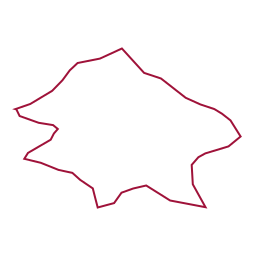 an SVG outline of Riga
{"feature_id": "LVA-1094", "entity_name": "Riga", "entity_type": "Republican City", "adm_level": 1, "iso_a3": "LVA", "parent_name": "Latvia", "parent_adm1": "", "projection": "robinson", "projection_center": [24.094, 56.981], "detail": "fine", "context": "isolated", "style": "outline", "palette": "rose", "viewbox_px": 256, "rotation_deg": 0, "n_neighbors": 0, "source": "natural_earth", "source_scale": "10m", "svg_char_len": 668}
<svg xmlns="http://www.w3.org/2000/svg" viewBox="0 0 256 256"><path d="M15.4,109.1L30.2,104.0L52.2,90.8L62.5,80.2L69.8,70.3L77.6,63.0L99.9,58.6L121.9,48.5L144.1,72.9L150.2,74.9L161.0,78.5L185.7,97.8L200.3,104.4L214.4,109.1L222.1,113.8L230.5,120.4L240.6,136.5L228.5,146.4L205.3,153.4L198.4,157.2L191.7,164.9L192.8,184.3L205.5,207.2L170.1,200.5L146.2,185.5L133.2,188.5L121.5,192.7L116.8,199.3L114.1,203.1L107.7,204.8L97.7,207.5L95.1,197.5L92.8,188.4L80.2,179.9L72.4,172.9L58.5,169.9L40.8,162.8L24.3,158.8L28.0,152.9L50.7,139.7L53.9,133.5L57.8,129.0L53.1,125.1L38.7,122.8L31.1,120.1L19.6,116.0L16.4,109.4L15.4,109.1Z" fill="none" stroke="#9f1239" stroke-width="2"/></svg>